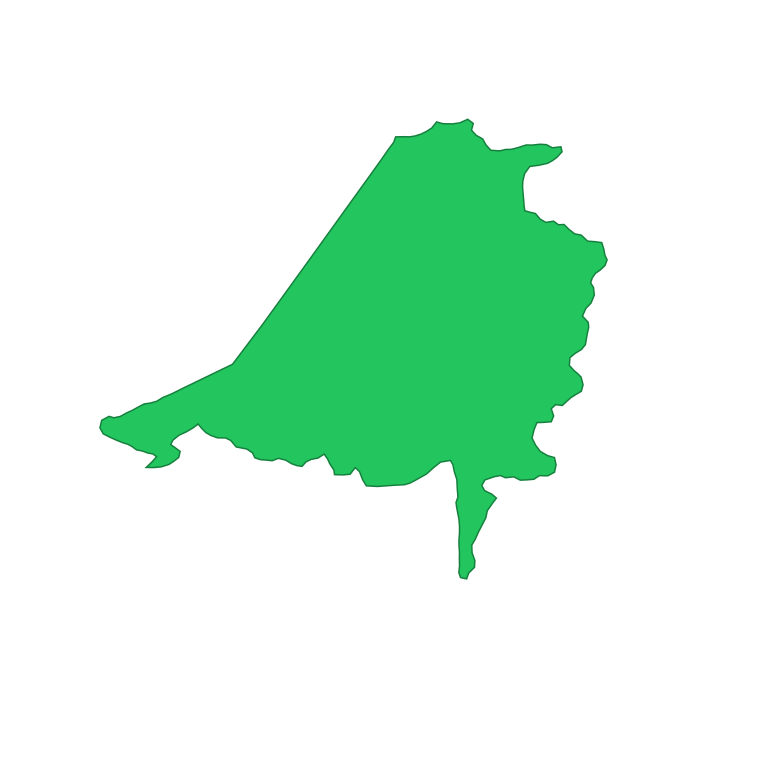 Anchieta, Espírito Santo, Brazil (Natural Earth projection), rotated 241°
{"feature_id": "56859067B41158755136707", "entity_name": "Anchieta", "entity_type": "district", "adm_level": 2, "iso_a3": "BRA", "parent_name": "Brazil", "parent_adm1": "Espírito Santo", "projection": "natural_earth1", "projection_center": [-40.708, -20.693], "detail": "fine", "context": "isolated", "style": "filled", "palette": "green", "viewbox_px": 768, "rotation_deg": 241, "n_neighbors": 0, "source": "geoboundaries", "source_scale": "gbopen_adm2", "svg_char_len": 2991}
<svg xmlns="http://www.w3.org/2000/svg" viewBox="0 0 768 768"><g transform="rotate(241 384 384)"><path d="M179.8,374.3L185.6,377.9L193.7,379.2L200.6,382.7L203.9,388.4L209.1,395.4L213.8,402.5L217.6,408.2L223.1,412.9L227.0,420.9L229.7,427.0L235.3,424.9L242.0,420.3L247.8,420.3L251.2,425.8L249.3,436.1L247.4,441.6L243.2,444.7L239.9,452.5L233.8,456.6L230.7,462.9L228.0,468.9L228.5,475.5L224.3,482.7L224.2,490.4L229.9,495.3L237.0,497.4L242.0,492.4L249.3,488.0L257.1,486.9L265.0,487.3L271.3,493.1L276.1,499.0L273.3,504.5L269.9,512.0L273.8,516.9L281.3,518.3L282.7,524.1L278.8,529.6L280.1,534.8L281.5,541.0L281.8,546.7L282.0,553.1L286.8,557.7L294.4,559.7L298.7,558.6L303.3,556.8L310.4,555.1L316.9,559.4L318.1,565.8L318.5,573.5L320.8,579.2L329.7,586.4L334.3,590.5L338.9,592.5L347.2,590.5L352.3,597.3L354.4,604.3L359.9,611.1L366.8,614.0L372.3,613.8L376.0,617.8L378.3,622.6L378.9,628.5L380.5,634.7L384.4,639.3L389.7,639.7L395.3,641.6L402.1,643.0L406.2,637.5L410.3,631.3L418.6,628.7L422.9,623.5L429.9,620.6L436.2,618.8L438.7,613.8L444.2,611.2L446.9,603.9L452.5,600.5L459.7,599.1L463.6,594.8L467.3,591.1L472.3,593.1L478.4,595.9L484.3,598.5L489.7,601.0L494.3,603.9L499.9,609.1L503.6,616.9L500.2,625.6L497.7,634.1L497.7,639.6L498.4,645.0L500.8,652.3L505.7,653.7L509.0,645.7L514.6,642.1L518.0,636.8L521.2,629.3L524.1,624.3L525.8,615.8L527.5,609.1L530.1,604.3L531.8,598.2L536.7,590.7L543.8,589.1L550.5,589.1L556.8,585.2L563.6,583.6L568.6,588.4L574.9,585.6L575.7,576.7L578.4,569.8L583.1,561.7L587.7,557.1L584.8,550.0L584.3,543.6L584.6,537.7L585.9,531.3L587.8,526.1L590.7,521.2L594.5,514.0L590.7,509.7L587.1,501.7L581.0,489.3L573.8,474.1L561.6,448.2L529.7,380.7L523.6,367.7L495.0,306.8L474.7,261.1L475.2,252.3L476.5,229.0L477.7,207.5L478.3,193.9L479.4,184.1L479.1,176.7L480.6,170.4L482.8,164.6L483.0,157.7L483.0,150.8L483.5,145.0L483.5,137.6L485.4,131.4L489.0,127.8L489.1,119.5L483.4,114.3L476.5,114.3L470.4,118.4L463.9,123.3L459.0,127.3L455.4,130.8L451.3,133.4L446.4,135.6L442.5,140.2L438.2,143.9L434.8,148.0L430.7,149.9L428.5,143.9L426.3,135.6L422.5,142.2L419.6,148.8L417.9,156.9L418.3,162.6L419.3,168.9L423.9,173.0L429.9,170.3L434.4,168.1L437.2,172.1L438.6,179.8L438.0,187.9L438.2,195.7L439.1,202.0L433.3,203.1L428.0,204.6L423.1,207.5L417.6,212.3L413.7,219.2L408.9,222.6L400.6,224.2L393.6,232.5L387.6,235.6L382.0,235.3L377.6,239.4L374.3,244.5L371.1,249.0L370.1,255.7L365.1,261.1L359.0,264.6L354.8,268.3L351.7,272.4L353.7,278.1L353.4,283.8L351.2,290.4L351.7,297.7L345.8,298.3L340.3,297.9L333.1,298.5L328.7,296.8L324.3,304.2L321.5,310.6L324.8,318.3L319.3,320.1L310.6,318.9L303.5,319.2L297.5,328.7L290.0,344.9L286.1,352.8L284.7,358.6L284.6,366.4L284.7,377.8L286.8,386.7L288.3,395.6L284.9,405.1L279.8,405.1L273.0,402.9L265.1,401.4L257.1,397.4L249.3,393.9L245.5,389.6L241.3,387.9L235.0,385.8L229.9,384.2L223.2,381.2L217.3,377.9L210.8,373.7L205.6,370.9L200.6,368.6L194.1,364.9L188.5,362.0L182.7,358.0L177.6,357.1L173.5,361.8L177.6,366.4L179.8,374.3Z" fill="#22c55e" stroke="#15803d" stroke-width="1.5"/></g></svg>